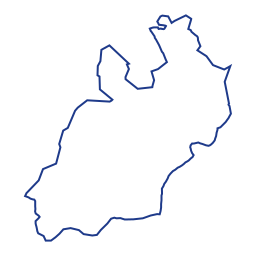 Ife South, Osun, Nigeria
{"feature_id": "59680162B5974853059370", "entity_name": "Ife South", "entity_type": "district", "adm_level": 2, "iso_a3": "NGA", "parent_name": "Nigeria", "parent_adm1": "Osun", "projection": "albers", "projection_center": [4.591, 7.196], "detail": "fine", "context": "isolated", "style": "outline", "palette": "blue", "viewbox_px": 256, "rotation_deg": 0, "n_neighbors": 0, "source": "geoboundaries", "source_scale": "gbopen_adm2", "svg_char_len": 3394}
<svg xmlns="http://www.w3.org/2000/svg" viewBox="0 0 256 256"><path d="M63.2,130.6L59.2,144.0L60.4,147.3L56.1,163.6L43.0,169.1L38.7,180.4L26.5,193.1L25.1,196.1L26.2,196.5L28.6,197.4L30.4,198.6L32.5,199.3L34.3,199.6L35.2,201.1L35.2,203.2L35.2,205.3L35.2,206.5L35.4,209.0L35.1,211.4L35.7,213.5L38.7,215.7L39.6,216.9L38.4,218.4L35.6,221.1L35.6,223.2L35.9,224.8L36.5,226.9L37.0,229.3L37.3,231.1L38.2,233.3L41.8,235.1L43.6,236.0L45.7,240.6L51.0,240.6L55.7,237.1L59.5,233.7L63.4,229.3L70.6,228.1L78.9,230.1L83.6,234.1L92.3,235.5L96.9,234.9L100.9,229.9L107.4,223.5L111.1,218.7L114.3,217.7L116.5,218.3L120.5,218.1L122.2,218.7L124.8,219.5L133.5,219.3L142.8,218.3L150.7,215.5L157.1,214.1L159.7,214.3L160.3,212.1L160.6,210.9L161.1,207.5L161.1,204.1L161.5,200.2L161.5,195.4L162.0,193.9L162.0,192.0L161.9,188.6L163.4,186.2L164.3,183.8L165.8,181.8L167.7,178.4L168.6,176.0L170.5,173.6L172.9,171.1L175.3,169.7L177.7,167.7L179.7,166.8L182.1,165.3L184.0,163.8L185.4,162.4L187.3,161.4L188.1,160.9L188.8,160.4L190.7,158.5L192.6,157.0L193.1,156.0L193.6,155.1L192.1,153.1L191.1,150.7L190.6,148.3L190.2,147.3L190.6,145.4L192.1,143.5L194.0,143.5L198.3,142.5L200.3,143.4L202.2,143.9L206.0,145.3L208.5,145.8L209.9,145.3L210.6,144.8L211.3,144.3L211.9,143.7L212.8,142.9L213.4,142.1L214.7,140.4L215.2,138.5L216.1,136.1L216.6,132.8L216.6,132.7L217.5,129.8L217.5,128.3L220.4,127.3L225.7,122.0L227.1,120.0L228.5,118.1L229.5,116.2L230.9,113.7L229.5,106.0L229.4,105.9L228.5,104.7L228.9,103.5L229.0,103.4L228.9,103.1L225.2,84.2L224.7,81.8L230.3,66.1L228.4,67.2L224.2,69.5L213.0,65.1L206.5,56.2L197.4,50.3L200.4,46.2L198.0,40.2L197.9,37.9L197.5,36.8L196.7,35.9L195.5,35.2L191.5,31.8L190.7,30.1L188.3,29.0L191.1,19.6L191.2,18.8L185.9,15.4L174.6,20.9L171.6,22.9L168.2,16.4L162.3,15.6L160.4,16.5L157.3,21.5L157.5,21.9L157.9,22.6L158.1,22.9L158.4,23.4L158.6,24.0L158.8,24.4L158.9,24.6L159.1,24.9L159.3,24.9L159.5,24.9L160.1,24.9L160.3,24.9L160.5,25.0L160.9,25.0L161.1,25.0L161.4,25.0L161.7,25.1L162.0,25.1L162.5,25.1L162.9,25.2L163.1,25.2L163.3,25.3L163.6,25.3L163.8,25.3L164.1,25.4L164.4,25.5L164.8,25.6L165.1,25.6L165.4,25.7L165.7,25.8L165.9,25.9L166.0,26.0L165.9,26.2L165.8,26.4L165.7,26.5L165.5,26.8L165.4,27.0L165.2,27.4L165.1,27.5L164.9,27.8L164.8,28.0L164.7,28.3L164.5,28.5L164.4,28.7L164.2,28.9L163.9,29.0L163.6,29.1L163.4,29.1L163.2,29.1L162.8,29.0L162.7,29.0L162.3,29.0L162.1,28.9L161.8,28.9L161.7,28.8L161.4,28.8L161.2,28.8L161.1,28.7L160.9,28.7L160.6,28.6L160.4,28.6L160.2,28.6L159.9,28.7L159.7,28.7L159.5,28.8L159.4,28.8L159.1,28.9L158.9,28.9L158.8,29.0L158.7,29.0L158.5,28.8L158.4,28.6L158.2,28.2L158.0,27.9L158.0,27.6L157.9,27.4L157.7,27.4L157.4,27.4L157.2,27.4L156.7,27.4L156.3,27.4L156.1,27.4L155.8,27.4L155.5,27.4L155.3,27.4L155.0,27.4L154.8,27.4L154.6,27.4L154.4,27.4L154.2,27.4L153.7,27.4L153.5,27.5L153.3,27.5L153.1,27.5L152.9,27.6L152.7,27.6L152.4,27.7L152.2,27.8L151.7,27.9L151.4,28.0L151.0,28.1L150.7,28.3L150.4,28.4L149.8,28.6L150.8,31.1L151.1,31.3L154.6,36.4L154.8,37.8L156.1,39.7L156.8,41.0L159.0,45.0L159.8,46.8L161.9,51.7L163.2,53.2L165.7,59.5L166.9,62.1L158.0,69.1L151.5,71.4L154.1,80.2L152.6,85.5L152.3,87.2L137.7,88.8L125.6,79.2L125.5,77.1L128.9,69.0L126.9,64.4L128.9,63.7L109.4,45.4L101.4,49.8L100.4,61.2L97.8,66.0L97.5,75.3L99.5,76.5L99.9,89.4L112.4,99.7L111.5,100.6L109.7,101.6L92.5,100.6L87.2,100.3L77.8,107.6L75.1,110.7L67.8,127.9L63.2,130.6Z" fill="none" stroke="#1e3a8a" stroke-width="2"/></svg>